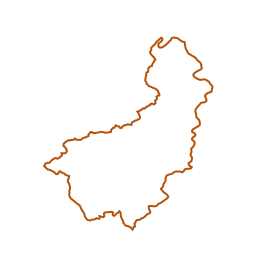 Medeiros, Minas Gerais, Brazil (Natural Earth projection), rotated 103°
{"feature_id": "56859067B84932936510356", "entity_name": "Medeiros", "entity_type": "district", "adm_level": 2, "iso_a3": "BRA", "parent_name": "Brazil", "parent_adm1": "Minas Gerais", "projection": "natural_earth1", "projection_center": [-46.359, -20.022], "detail": "fine", "context": "isolated", "style": "outline", "palette": "amber", "viewbox_px": 256, "rotation_deg": 103, "n_neighbors": 0, "source": "geoboundaries", "source_scale": "gbopen_adm2", "svg_char_len": 5207}
<svg xmlns="http://www.w3.org/2000/svg" viewBox="0 0 256 256"><g transform="rotate(103 128 128)"><path d="M225.9,100.7L224.4,100.4L223.3,100.4L222.4,99.0L221.1,99.5L219.8,100.3L218.4,99.5L217.0,99.4L215.7,98.6L215.1,96.9L214.3,95.4L213.0,94.7L212.2,93.1L210.9,91.9L209.5,91.0L208.2,90.2L207.1,89.3L206.2,87.6L204.9,87.3L203.5,88.3L202.2,89.3L200.5,90.0L199.4,90.0L198.9,88.6L198.7,87.0L198.5,85.4L198.1,83.8L197.5,82.7L196.3,82.0L195.0,81.2L194.4,80.1L193.5,79.1L192.6,78.5L191.4,77.2L190.2,76.1L189.0,75.3L187.7,73.9L185.9,73.3L184.5,74.6L183.5,76.4L182.6,78.8L181.3,80.4L180.6,81.6L179.7,82.3L178.3,81.1L176.9,80.7L175.0,80.8L173.5,80.3L172.2,79.8L170.5,79.6L168.9,80.0L167.2,80.0L166.1,79.8L165.1,79.0L164.2,77.7L163.3,75.9L162.5,74.6L160.9,73.4L159.5,71.5L159.2,69.4L158.6,67.3L159.0,65.2L157.5,64.0L155.6,63.4L154.7,61.8L154.1,60.0L153.6,58.2L152.8,57.3L151.7,57.1L151.1,59.2L150.0,60.6L148.7,61.0L147.3,59.6L145.7,58.8L144.1,58.7L142.5,58.9L141.1,60.4L139.2,61.2L137.2,60.7L135.5,61.2L134.2,61.8L132.4,60.9L130.8,60.0L129.5,59.6L128.0,59.5L126.5,60.2L125.6,61.7L124.8,63.1L123.6,63.2L122.5,62.6L121.5,61.7L120.4,60.9L118.9,60.9L117.9,62.6L117.3,64.7L115.5,64.9L114.2,64.0L112.8,62.5L111.3,60.8L109.9,59.4L108.8,58.8L107.2,59.0L105.3,59.8L103.8,61.0L102.9,62.9L101.6,64.0L99.7,64.5L98.2,65.4L96.4,66.2L94.5,66.2L93.4,65.7L92.1,65.2L90.6,64.3L88.9,63.4L87.3,62.7L86.4,61.3L86.1,60.0L85.2,58.5L84.0,57.7L82.8,58.0L81.7,58.6L80.7,59.3L79.6,60.2L78.3,60.0L77.1,59.1L75.9,58.1L75.0,56.6L73.8,54.8L72.0,55.0L70.3,54.8L68.6,55.0L67.3,56.6L66.5,57.8L65.7,58.6L64.7,59.4L64.2,60.9L63.5,62.7L63.5,65.1L64.2,66.8L64.9,68.5L64.5,71.5L63.7,73.9L62.6,75.9L60.9,76.3L59.4,75.5L57.9,74.2L57.1,73.2L56.2,72.3L55.4,71.3L54.6,70.3L53.1,69.5L51.7,70.3L49.9,70.9L48.5,71.8L47.4,73.3L46.8,75.1L45.4,76.8L44.2,78.4L43.6,80.1L43.2,81.8L42.5,83.3L42.3,84.7L41.7,86.3L40.2,87.3L38.7,88.7L37.5,89.7L36.2,90.3L35.0,90.8L33.8,91.3L32.7,91.7L31.4,92.4L31.6,94.2L31.3,95.8L30.6,97.2L29.9,98.6L29.3,100.3L29.4,102.2L29.6,103.7L30.4,105.5L32.3,105.9L33.7,106.7L34.8,107.7L36.2,108.2L37.4,109.2L39.4,110.6L40.9,111.9L42.0,113.4L42.5,115.0L42.0,116.4L40.4,117.1L39.2,117.3L38.1,116.7L37.1,115.7L35.8,114.9L34.4,114.3L33.2,114.6L32.5,115.8L33.5,116.7L34.5,117.4L35.5,118.0L36.7,118.9L38.0,119.8L39.4,120.1L40.6,120.8L41.8,121.7L43.1,122.5L44.4,123.3L45.7,123.2L46.9,122.9L48.2,123.4L49.4,123.6L50.8,122.4L51.8,121.0L52.7,119.9L53.3,118.7L54.4,117.5L55.4,116.7L56.4,117.5L57.8,117.8L59.6,118.4L61.0,118.7L62.1,118.6L62.8,119.8L64.0,121.0L65.3,121.6L67.0,121.3L68.7,121.0L69.7,122.4L71.2,122.5L72.8,122.0L74.4,122.3L75.5,122.0L76.8,122.1L78.1,121.8L79.1,120.5L80.9,119.8L81.4,118.5L82.5,117.1L82.6,115.3L82.9,114.0L83.3,112.5L83.4,110.9L83.7,109.7L84.5,108.2L85.2,106.9L86.6,106.5L87.8,105.1L89.2,104.8L89.9,106.5L91.2,107.3L92.3,106.5L93.9,106.6L95.1,107.8L96.5,107.1L97.7,106.8L99.2,108.0L98.8,109.8L99.3,111.3L100.6,111.4L101.5,112.9L102.5,113.6L103.2,114.9L104.4,115.5L105.4,116.4L105.6,118.0L107.2,118.9L108.0,120.0L109.2,121.2L110.0,122.5L110.9,121.3L112.5,120.1L113.7,119.2L115.0,118.7L116.3,118.8L117.4,120.0L118.4,121.0L119.1,122.7L120.1,123.4L121.1,124.9L122.5,125.5L124.1,125.3L124.5,127.7L124.4,129.2L125.5,130.4L126.1,132.1L127.6,133.5L129.2,134.1L129.8,135.6L128.6,136.6L128.7,138.5L128.2,140.5L129.5,140.9L130.9,141.4L131.2,142.7L132.4,143.3L134.1,144.0L135.6,143.7L136.3,145.3L137.3,147.5L137.7,149.7L137.6,152.1L137.8,153.4L138.5,154.8L139.2,156.5L140.0,158.0L140.4,159.3L140.8,160.8L140.0,162.3L140.4,163.6L141.6,164.1L143.2,165.1L144.6,164.6L145.6,165.9L146.5,166.9L147.1,168.3L148.1,169.6L149.4,170.7L150.4,171.9L150.6,173.5L151.1,175.5L150.2,177.4L151.4,178.0L152.1,179.2L152.3,180.6L153.1,181.5L153.2,183.0L154.2,184.1L155.0,185.3L156.0,185.8L157.0,186.6L157.9,187.2L159.0,187.0L160.3,186.6L160.7,185.2L161.8,184.0L163.0,182.9L164.6,182.3L166.6,183.2L167.3,185.6L167.5,187.0L168.7,186.3L170.0,186.3L171.5,187.7L173.0,188.7L173.8,189.9L173.4,191.6L174.4,193.0L175.6,194.3L177.0,195.4L178.4,196.1L179.6,196.7L179.9,198.2L180.6,199.3L181.2,200.5L182.5,200.6L184.0,201.2L185.1,199.1L186.1,197.8L186.5,196.3L186.3,194.8L186.7,193.6L187.1,191.6L187.9,189.4L189.0,188.1L189.0,186.7L188.0,185.7L186.7,185.6L185.5,184.9L185.8,183.5L186.5,181.9L186.8,179.3L187.8,178.3L187.9,176.7L188.1,174.5L189.8,174.3L191.4,174.8L193.3,174.8L194.8,173.7L195.6,172.6L197.0,172.2L198.7,171.1L200.3,170.9L201.5,171.1L203.1,170.9L204.4,170.4L205.6,170.4L206.9,170.1L208.4,169.0L209.5,167.9L210.5,165.9L211.1,164.6L211.8,163.1L212.9,161.3L213.4,159.6L214.1,158.1L215.2,156.8L216.8,155.8L218.3,154.6L219.8,152.8L221.2,151.6L222.3,150.8L223.5,150.3L224.8,149.2L226.0,147.7L226.7,146.6L226.7,145.2L226.5,143.7L225.2,142.3L224.9,140.6L224.2,139.6L223.0,138.5L223.1,136.9L222.8,135.6L221.6,135.3L220.3,135.9L220.4,134.0L220.5,132.1L219.4,131.2L218.3,131.6L216.7,132.3L215.4,131.2L214.8,129.3L214.2,127.6L213.9,126.4L213.3,125.2L213.7,123.5L215.6,123.6L216.5,122.9L216.7,121.5L215.5,120.7L214.1,120.1L212.8,118.7L211.0,117.6L211.9,116.5L213.1,115.8L214.6,115.5L216.1,114.8L217.9,113.5L219.8,111.8L221.4,111.3L222.2,110.1L223.4,108.8L223.8,107.3L223.6,105.8L224.0,104.0L224.9,102.1L225.9,100.7Z" fill="none" stroke="#b45309" stroke-width="2"/></g></svg>